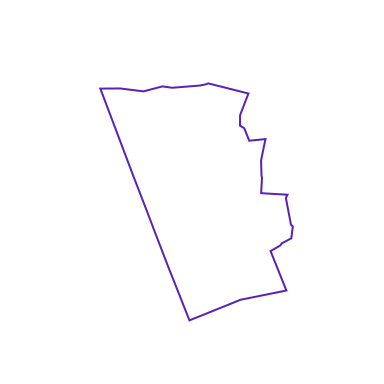 Lehigh, Pennsylvania, United States of America (orthographic projection), rotated 29°
{"feature_id": "52423323B14765757601451", "entity_name": "Lehigh", "entity_type": "district", "adm_level": 2, "iso_a3": "USA", "parent_name": "United States of America", "parent_adm1": "Pennsylvania", "projection": "orthographic", "projection_center": [-75.565, 40.603], "detail": "fine", "context": "isolated", "style": "outline", "palette": "violet", "viewbox_px": 384, "rotation_deg": 29, "n_neighbors": 0, "source": "geoboundaries", "source_scale": "gbopen_adm2", "svg_char_len": 603}
<svg xmlns="http://www.w3.org/2000/svg" viewBox="0 0 384 384"><g transform="rotate(29 192 192)"><path d="M124.2,110.4L114.9,114.0L100.8,127.5L78.9,136.3L61.7,146.0L132.5,206.1L162.7,231.3L178.3,244.5L207.4,268.9L230.6,287.9L252.0,305.5L286.7,262.7L322.3,232.4L289.4,205.6L295.2,195.8L295.5,193.3L301.3,184.3L296.9,173.3L294.4,172.6L277.0,151.7L276.8,148.1L269.9,151.4L260.2,156.1L253.0,159.5L246.5,145.9L244.8,143.9L237.1,130.9L230.6,110.1L217.2,119.4L206.8,110.9L201.8,110.7L196.8,101.5L193.6,78.5L153.6,89.1L151.4,91.6L147.2,95.1L124.2,110.4Z" fill="none" stroke="#5b21b6" stroke-width="2"/></g></svg>